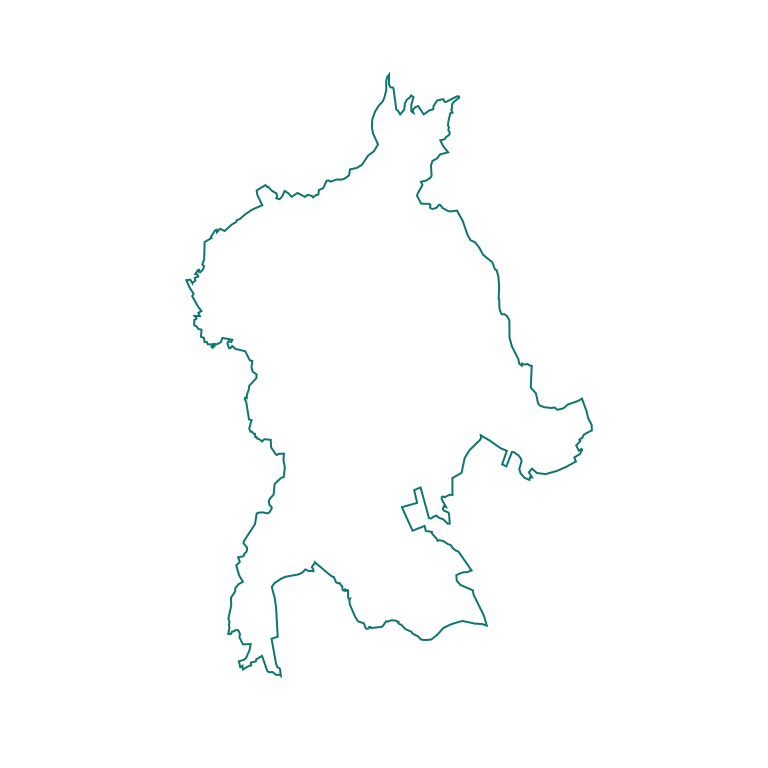 the district of Ileanda, Salaj, Romania, rotated 280°
{"feature_id": "2599482B39654987935311", "entity_name": "Ileanda", "entity_type": "district", "adm_level": 2, "iso_a3": "ROU", "parent_name": "Romania", "parent_adm1": "Salaj", "projection": "natural_earth1", "projection_center": [23.607, 47.339], "detail": "fine", "context": "isolated", "style": "outline", "palette": "teal", "viewbox_px": 768, "rotation_deg": 280, "n_neighbors": 0, "source": "geoboundaries", "source_scale": "gbopen_adm2", "svg_char_len": 6143}
<svg xmlns="http://www.w3.org/2000/svg" viewBox="0 0 768 768"><g transform="rotate(280 384 384)"><path d="M374.4,596.7L379.8,595.6L386.1,590.8L392.0,588.4L404.0,581.5L401.1,578.2L395.8,568.8L391.4,565.1L388.7,559.3L390.5,556.1L389.4,552.7L389.0,545.8L389.7,541.5L391.5,539.2L401.2,535.2L405.9,529.2L427.6,526.3L427.5,524.1L428.6,522.0L427.4,518.5L428.1,516.4L426.0,516.4L427.6,513.5L431.4,512.2L443.3,503.4L451.6,499.5L468.5,496.4L472.2,493.4L473.6,490.7L473.1,487.8L475.9,485.8L479.3,484.3L487.3,482.8L487.7,482.1L499.3,480.6L509.0,478.2L515.6,475.2L516.0,473.5L522.8,469.4L528.3,459.3L535.3,453.7L539.4,449.0L540.6,444.3L545.1,440.5L558.3,433.2L567.5,425.7L565.6,420.1L565.4,417.3L567.5,411.0L570.2,408.2L570.1,407.1L566.5,404.9L564.8,401.5L565.0,399.9L565.8,398.6L568.4,398.7L569.2,397.4L568.1,389.3L575.0,383.9L577.2,384.0L586.7,387.3L589.6,385.3L591.8,390.5L595.6,394.2L597.3,394.7L607.5,392.3L612.1,393.0L615.6,397.3L619.8,399.3L623.3,406.9L628.8,400.7L633.8,397.1L635.7,401.4L637.7,402.1L640.8,405.0L643.1,405.1L645.2,403.2L648.1,403.5L649.3,402.2L654.1,401.8L662.2,402.3L663.2,404.4L665.8,402.6L667.9,403.1L670.6,402.4L673.7,403.5L679.0,408.3L680.1,408.0L680.1,406.1L672.4,395.9L672.4,394.7L674.8,392.9L672.5,387.2L666.4,384.5L663.1,384.8L661.4,381.3L656.4,376.3L663.7,369.5L662.0,366.7L660.0,365.5L658.1,364.8L656.2,365.9L657.3,363.5L664.0,362.4L671.6,363.3L672.9,360.6L670.6,359.7L667.9,357.1L663.9,355.9L657.5,356.2L652.3,353.1L655.4,350.4L656.6,348.4L676.8,342.0L677.5,341.4L677.3,338.8L680.0,336.8L689.6,335.3L687.0,333.9L683.3,333.5L673.8,335.2L665.7,334.6L661.9,333.6L657.2,330.5L651.1,328.0L642.6,326.5L635.2,327.4L629.1,329.5L618.9,336.5L611.4,333.6L606.2,328.7L595.9,324.1L592.0,319.5L589.5,313.4L583.2,313.2L579.2,309.3L577.8,306.3L577.1,301.7L574.0,296.4L574.9,294.1L574.2,292.2L566.4,290.2L563.7,286.2L559.1,286.5L558.2,284.1L555.5,281.7L556.7,280.1L557.0,276.0L554.6,273.8L557.1,265.6L552.3,260.5L555.1,256.9L556.9,252.7L550.9,251.0L548.1,249.2L547.8,248.2L548.3,245.7L549.5,246.2L552.9,245.2L554.8,240.0L558.2,235.5L557.8,234.9L559.3,232.7L552.5,225.0L548.2,226.4L538.9,233.1L533.3,224.5L527.4,218.2L521.2,213.1L520.0,210.8L517.7,210.1L514.3,206.1L507.0,200.5L508.4,195.6L504.5,193.1L506.9,192.3L505.8,190.9L498.7,187.9L497.9,188.9L492.7,182.7L475.7,185.2L470.1,184.4L468.8,186.3L465.6,185.9L462.1,183.7L462.2,182.5L464.2,182.1L464.1,181.1L459.5,179.0L459.5,181.1L457.5,182.4L455.6,179.2L452.9,180.3L450.9,178.1L449.8,178.0L453.1,175.1L451.9,171.3L445.0,176.0L439.8,180.8L437.3,179.8L428.0,187.4L424.0,191.6L422.0,188.8L418.9,190.8L418.2,185.7L416.2,187.9L415.3,187.8L414.2,186.1L409.7,186.7L408.8,187.1L408.2,189.3L406.0,191.6L405.8,194.9L398.7,195.5L398.2,198.6L394.1,200.0L394.7,202.1L392.5,203.6L393.3,208.6L390.7,207.6L389.9,208.8L392.2,210.7L394.0,209.6L394.1,212.5L396.8,216.0L401.3,216.9L401.2,226.9L398.8,226.3L399.1,223.5L396.8,222.7L392.3,225.3L392.7,226.6L395.1,227.9L392.7,231.7L392.2,241.6L383.9,247.8L383.9,250.3L377.2,250.6L373.2,252.7L371.4,256.8L367.7,257.3L358.8,251.6L354.7,251.8L349.8,250.8L346.2,251.3L346.5,249.7L344.6,249.6L342.7,251.3L325.7,257.2L325.4,259.8L316.8,259.0L313.8,260.8L314.3,261.9L312.3,264.6L312.5,265.6L309.3,266.5L309.6,267.8L308.1,268.8L308.1,270.6L306.2,273.9L308.9,275.7L309.3,282.2L302.0,283.8L295.7,289.9L295.5,291.1L296.8,292.1L298.1,297.5L291.7,298.2L284.7,300.8L274.8,301.4L273.9,299.2L266.6,293.6L256.0,294.5L251.0,291.4L248.3,290.9L245.1,292.2L242.9,295.0L241.3,294.8L238.2,293.7L236.4,292.0L236.5,286.5L235.3,282.2L234.3,281.1L223.6,281.3L205.1,273.4L202.8,273.3L198.8,277.8L195.0,277.8L192.7,276.0L190.0,275.5L187.9,270.4L183.8,272.9L179.7,270.0L170.2,274.7L164.7,279.4L161.5,275.4L157.3,273.1L153.7,273.4L147.0,270.4L139.4,272.0L125.8,271.5L122.8,273.2L120.0,273.1L117.3,274.1L110.8,274.0L111.3,276.6L113.8,277.4L114.3,279.0L115.9,280.6L116.1,283.3L112.9,285.5L109.4,285.6L103.1,290.3L104.7,297.9L98.6,297.8L90.3,295.8L88.1,293.9L85.6,289.2L80.1,291.7L81.9,293.6L78.4,294.6L83.1,300.2L83.7,302.0L86.5,301.2L88.5,305.8L90.8,306.1L95.1,311.1L81.4,318.7L80.2,320.4L80.9,324.5L78.8,328.3L79.5,331.4L78.6,333.1L84.7,331.3L86.0,330.3L86.7,328.1L89.9,326.2L113.6,317.5L116.7,323.2L145.3,316.5L154.6,313.4L164.6,308.7L168.8,310.6L174.9,317.1L177.2,320.8L181.6,332.7L183.8,336.0L187.8,338.9L186.6,342.7L187.3,343.8L187.3,347.0L188.9,346.8L191.2,344.7L195.2,346.6L195.4,347.6L196.2,347.3L186.9,363.3L185.2,366.7L185.2,368.1L180.4,371.2L179.7,373.6L180.3,375.0L178.1,376.7L177.6,378.0L173.8,379.1L173.6,380.7L175.0,381.2L174.7,382.5L173.8,382.6L174.7,384.0L174.4,384.4L167.2,385.8L166.2,386.7L166.7,387.8L165.3,387.4L161.0,388.6L149.9,395.9L145.8,399.5L144.8,405.6L140.0,408.7L140.1,410.7L142.3,411.8L142.2,413.1L141.4,413.5L144.2,423.2L145.1,424.7L150.7,427.3L150.7,429.2L152.6,432.1L153.0,436.7L152.2,439.6L151.4,439.2L150.5,440.3L149.8,443.0L146.3,447.7L144.8,453.8L143.1,455.6L141.4,461.3L139.2,464.2L138.7,465.4L139.2,470.2L140.6,475.0L146.6,480.2L154.1,484.9L159.1,491.9L162.6,498.7L164.3,502.8L163.8,515.3L164.7,522.2L163.9,527.2L173.2,522.6L192.2,508.7L196.2,507.4L199.4,494.1L202.8,489.9L208.1,488.4L210.3,491.0L212.4,495.1L213.3,498.8L215.6,502.6L231.9,486.4L232.5,483.5L234.2,480.4L237.1,477.5L237.3,475.1L239.8,469.2L239.7,465.5L238.9,463.9L240.6,462.9L245.3,456.9L246.7,456.8L246.5,450.7L251.3,448.6L244.5,437.6L265.8,423.0L272.7,437.3L284.8,432.1L288.4,438.0L259.7,451.6L259.8,453.9L261.8,455.6L263.5,458.4L261.8,461.5L261.0,465.9L257.5,470.9L257.9,473.0L267.4,470.6L268.7,469.5L269.7,465.1L271.1,463.6L273.9,464.2L273.6,466.4L280.6,460.8L282.6,460.5L283.5,461.7L283.0,463.3L286.4,468.0L286.6,470.7L303.2,467.7L310.0,475.8L325.2,476.3L333.9,479.8L345.2,488.0L347.7,489.0L350.3,488.2L346.6,498.1L341.0,510.0L339.5,516.6L325.4,514.3L324.1,518.8L339.2,521.8L339.4,523.7L337.0,528.9L334.5,531.6L331.9,532.9L323.8,532.0L319.8,534.0L316.1,538.5L314.7,543.9L317.4,544.0L317.7,546.0L322.3,542.0L326.4,544.5L322.9,549.9L323.3,558.7L328.2,569.0L334.1,577.9L341.0,586.4L344.8,584.2L348.8,588.9L353.4,590.6L354.4,589.8L352.2,587.5L356.9,583.9L361.9,587.3L362.9,586.1L364.5,587.0L364.8,588.3L369.1,589.8L374.4,596.7Z" fill="none" stroke="#0f766e" stroke-width="2"/></g></svg>